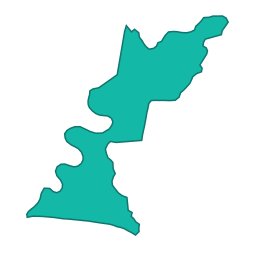 Navegantes, Santa Catarina, Brazil, rotated 87°
{"feature_id": "56859067B7965125554274", "entity_name": "Navegantes", "entity_type": "district", "adm_level": 2, "iso_a3": "BRA", "parent_name": "Brazil", "parent_adm1": "Santa Catarina", "projection": "robinson", "projection_center": [-48.723, -26.826], "detail": "fine", "context": "isolated", "style": "filled", "palette": "teal", "viewbox_px": 256, "rotation_deg": 87, "n_neighbors": 0, "source": "geoboundaries", "source_scale": "gbopen_adm2", "svg_char_len": 2230}
<svg xmlns="http://www.w3.org/2000/svg" viewBox="0 0 256 256"><g transform="rotate(87 128 128)"><path d="M88.9,164.1L93.0,164.7L96.0,165.8L99.3,166.5L102.5,166.5L105.6,165.5L109.0,162.8L111.8,159.5L113.5,156.0L114.2,152.5L114.9,147.7L117.4,144.0L121.2,142.8L124.4,144.0L128.0,146.8L131.7,153.8L131.5,160.6L129.6,165.8L126.5,171.5L124.2,175.8L123.9,180.8L125.4,185.8L127.3,189.1L130.3,191.5L134.7,191.3L138.4,189.7L141.9,185.6L144.1,181.7L145.9,178.8L149.6,175.8L154.2,174.3L157.5,174.6L161.0,176.5L163.5,180.2L164.0,183.9L162.5,188.5L160.7,192.9L160.7,196.9L163.0,200.7L167.4,202.7L172.1,201.4L176.4,198.1L180.7,196.3L184.7,196.9L187.7,199.3L188.9,202.7L187.5,206.2L184.3,209.3L183.7,214.8L188.7,218.0L194.5,219.6L198.1,221.9L201.9,225.9L204.0,229.0L206.2,231.8L208.9,233.6L211.9,233.3L211.1,227.9L211.4,223.3L211.9,217.5L212.7,212.0L213.3,207.5L214.2,202.7L215.2,197.7L215.7,193.0L216.7,186.4L217.4,181.6L218.2,176.9L218.8,172.5L220.0,167.0L221.2,161.2L222.2,156.0L223.0,151.7L224.3,147.7L226.0,144.1L226.9,140.5L228.3,137.0L230.6,133.5L232.6,129.9L235.3,126.1L232.0,122.4L228.3,122.4L224.8,121.7L222.1,125.2L219.0,126.9L216.4,129.4L212.6,128.3L210.3,132.1L197.3,132.7L195.3,137.3L192.4,140.9L188.0,144.1L184.4,146.5L180.4,146.8L176.3,145.3L172.8,143.1L168.3,144.9L165.2,145.0L161.8,144.9L159.2,146.8L156.7,149.6L152.4,150.9L147.9,151.7L143.3,149.3L140.5,146.3L141.8,140.7L141.1,114.9L136.6,114.1L132.0,112.9L128.5,111.9L123.4,110.6L117.5,109.2L114.1,108.5L110.2,107.3L104.8,106.0L101.8,103.4L101.8,99.4L102.1,95.3L102.3,90.9L102.8,85.1L102.8,79.4L99.8,75.3L95.6,73.7L93.2,70.6L90.7,67.9L86.7,63.9L82.9,61.9L80.1,60.6L77.3,56.7L75.7,51.7L72.1,50.9L68.8,52.9L58.2,45.5L55.0,44.6L52.1,45.7L50.0,48.8L46.7,48.2L43.3,46.2L39.7,29.9L35.7,28.8L31.8,25.7L27.5,22.4L23.3,24.3L21.1,27.8L20.9,33.2L20.7,37.5L21.7,41.2L21.7,46.6L25.0,49.3L27.5,52.0L30.0,55.0L33.6,56.4L35.2,60.0L36.0,64.4L35.5,69.3L34.4,74.0L34.0,77.7L34.2,82.5L37.5,86.0L40.1,87.9L43.3,90.0L44.4,93.6L47.8,95.3L49.8,98.2L50.4,102.8L47.4,106.0L44.4,107.9L41.3,109.5L38.1,111.8L33.4,112.3L29.8,116.3L32.2,119.5L29.7,121.3L25.7,124.3L31.4,126.3L74.3,136.0L79.6,144.4L83.0,149.8L86.3,155.2L87.2,161.0L88.9,164.1Z" fill="#14b8a6" stroke="#0f766e" stroke-width="1.5"/></g></svg>